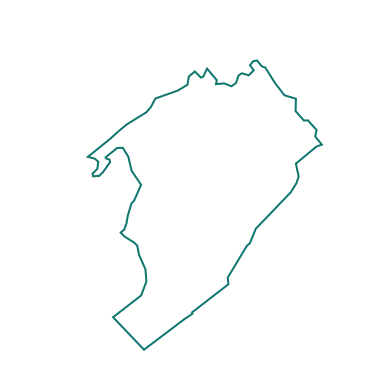 Ouallam, Tillabéri, Niger, rotated 232°
{"feature_id": "23599985B18642698649368", "entity_name": "Ouallam", "entity_type": "district", "adm_level": 2, "iso_a3": "NER", "parent_name": "Niger", "parent_adm1": "Tillabéri", "projection": "equal_earth", "projection_center": [2.332, 14.566], "detail": "fine", "context": "isolated", "style": "outline", "palette": "teal", "viewbox_px": 384, "rotation_deg": 232, "n_neighbors": 0, "source": "geoboundaries", "source_scale": "gbopen_adm2", "svg_char_len": 1225}
<svg xmlns="http://www.w3.org/2000/svg" viewBox="0 0 384 384"><g transform="rotate(232 192 192)"><path d="M96.5,107.7L95.8,117.3L97.1,118.0L96.9,163.9L102.5,167.4L115.9,202.3L115.9,205.9L123.8,219.7L126.6,239.4L131.0,269.8L134.7,279.9L138.7,285.7L150.4,291.3L151.2,318.1L149.4,323.5L156.7,323.3L159.9,323.3L164.1,328.3L177.0,327.5L179.4,324.2L191.9,323.4L201.5,331.3L211.3,324.4L226.9,324.5L245.0,326.4L248.1,324.4L249.9,324.3L251.3,324.3L253.7,324.3L253.8,324.3L255.6,324.2L257.4,320.7L256.2,315.7L249.9,315.6L249.0,308.6L254.8,304.4L255.2,300.5L250.8,293.7L251.0,288.2L257.8,284.2L262.2,277.3L264.9,280.4L279.9,279.8L276.0,271.9L276.6,269.5L285.2,268.4L285.0,260.6L279.3,254.4L280.7,243.2L288.2,220.7L284.4,212.2L282.9,205.4L285.4,182.3L285.1,170.7L284.3,161.3L283.8,131.6L278.0,136.0L273.5,136.8L268.5,131.6L267.7,124.8L265.1,123.8L263.0,127.4L261.8,128.3L262.5,134.3L266.0,145.9L268.3,147.0L270.7,145.2L272.5,145.2L272.8,160.0L269.4,164.7L259.0,163.5L245.9,157.5L229.0,156.3L220.8,141.0L220.3,137.3L212.9,126.9L207.6,121.0L204.2,115.7L203.9,110.8L198.4,111.4L187.7,115.3L183.5,115.8L174.8,111.5L159.7,107.7L149.6,101.0L141.8,88.3L141.9,52.7L97.3,57.1L96.5,107.7Z" fill="none" stroke="#0f766e" stroke-width="2"/></g></svg>